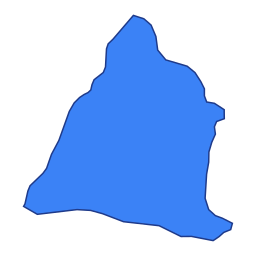 map outline of Changhua (Albers equal-area conic projection)
{"feature_id": "TWN-1169", "entity_name": "Changhua", "entity_type": "County", "adm_level": 1, "iso_a3": "TWN", "parent_name": "Taiwan", "parent_adm1": "", "projection": "albers", "projection_center": [120.501, 23.99], "detail": "fine", "context": "isolated", "style": "filled", "palette": "blue", "viewbox_px": 256, "rotation_deg": 0, "n_neighbors": 0, "source": "natural_earth", "source_scale": "10m", "svg_char_len": 846}
<svg xmlns="http://www.w3.org/2000/svg" viewBox="0 0 256 256"><path d="M23.6,206.4L25.0,203.8L27.9,191.0L30.1,185.7L42.9,173.4L46.6,168.3L51.5,154.3L58.9,140.4L69.3,111.4L74.2,102.9L79.6,97.5L84.1,94.5L88.0,92.6L90.8,90.0L92.0,84.7L94.1,79.7L103.3,72.5L105.5,67.0L106.5,48.8L108.2,43.8L113.0,39.2L133.4,15.4L143.9,18.8L151.1,25.1L155.9,36.5L157.7,50.1L165.8,59.9L187.2,66.2L195.0,72.6L200.8,81.6L204.4,88.8L204.4,95.9L206.7,102.0L214.4,103.3L224.2,109.7L224.2,112.3L224.3,118.7L216.6,121.5L214.4,126.8L215.4,134.1L211.8,142.2L208.9,152.0L208.7,162.2L206.6,174.1L205.1,198.3L208.7,209.6L215.3,215.6L222.3,218.2L232.4,223.3L230.7,229.6L223.8,232.4L219.2,236.5L215.0,239.4L213.1,240.6L191.5,236.4L181.0,236.5L159.1,225.7L123.5,221.7L102.6,213.7L90.6,210.4L77.0,209.6L37.3,214.3L23.6,206.4Z" fill="#3b82f6" stroke="#1e3a8a" stroke-width="1.5"/></svg>